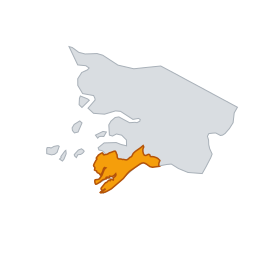 location of Tombali within Guinea-Bissau, rotated 28°
{"feature_id": "GNB-778", "entity_name": "Tombali", "entity_type": "Region", "adm_level": 1, "iso_a3": "GNB", "parent_name": "Guinea-Bissau", "parent_adm1": "", "projection": "equal_earth", "projection_center": [-15.06, 11.313], "detail": "fine", "context": "in_parent", "style": "filled", "palette": "amber", "viewbox_px": 256, "rotation_deg": 28, "n_neighbors": 0, "source": "natural_earth", "source_scale": "10m", "svg_char_len": 4337}
<svg xmlns="http://www.w3.org/2000/svg" viewBox="0 0 256 256"><g transform="rotate(28 128 128)"><path d="M37.7,83.8L41.0,83.1L49.0,84.3L55.3,82.8L59.7,80.3L65.7,76.8L71.5,75.6L89.6,77.2L105.3,73.0L117.0,65.1L127.8,57.9L141.8,57.9L156.8,58.0L178.1,58.1L195.0,58.2L214.9,58.3L214.7,64.8L218.3,74.0L217.8,80.8L216.3,87.2L214.9,89.8L213.2,91.2L207.9,91.2L205.6,92.5L202.0,95.0L202.0,98.0L204.8,100.8L207.1,104.8L209.8,107.9L214.5,111.5L215.0,115.4L215.1,125.5L214.9,133.4L201.8,139.1L191.7,140.1L183.2,139.5L179.5,141.9L172.1,147.8L163.0,151.3L158.3,151.6L156.1,153.7L152.6,159.8L142.8,186.6L139.5,193.0L136.9,197.1L133.9,191.5L136.2,181.0L133.7,181.1L128.7,189.6L126.2,189.9L126.6,179.8L123.8,179.4L120.6,180.2L116.1,174.9L115.6,171.0L116.0,165.5L118.7,162.0L118.4,160.6L115.7,160.2L112.7,161.1L110.9,159.5L113.9,152.4L124.4,146.4L129.7,145.8L135.1,144.4L132.2,139.3L125.8,137.3L120.6,138.7L118.1,142.4L114.9,143.0L109.6,134.3L109.7,130.0L111.7,124.8L114.7,122.5L126.9,122.6L131.5,119.7L133.4,119.1L135.2,116.5L134.8,114.7L132.8,114.6L128.3,118.1L113.6,116.8L108.9,118.8L100.8,126.8L90.7,131.2L83.4,129.3L85.8,118.7L84.7,117.2L82.4,115.5L71.8,118.9L63.7,114.0L60.5,108.1L61.1,100.7L64.9,95.7L65.5,93.3L61.5,92.8L54.0,95.9L37.7,83.8ZM73.1,187.6L68.3,188.8L66.1,184.8L65.8,183.2L68.3,181.9L69.4,181.9L71.3,179.0L73.7,177.0L74.7,176.4L75.9,176.5L76.8,182.9L75.6,185.6L73.1,187.6ZM85.8,155.0L83.0,157.5L80.1,156.3L78.6,154.1L78.8,150.1L82.1,144.4L85.0,145.1L85.8,155.0ZM80.8,121.7L77.7,131.5L73.9,130.4L71.2,124.6L70.9,122.1L78.7,121.3L80.8,121.7ZM96.3,175.1L96.3,178.4L93.8,177.7L93.0,176.7L94.5,170.8L96.7,168.2L99.5,168.6L100.3,169.4L99.7,171.7L98.6,173.6L96.3,175.1ZM106.5,149.3L106.0,151.2L102.6,149.6L107.5,142.8L110.8,141.7L110.6,146.9L108.1,148.0L106.5,149.3ZM86.1,185.7L85.6,188.0L82.1,187.6L82.8,185.4L82.1,184.7L83.1,177.9L83.6,176.9L85.3,179.4L85.6,180.5L86.1,185.7Z" fill="#d9dde1" stroke="#a8b0b8" stroke-width="1"/><path d="M173.3,147.4L168.0,151.2L165.5,151.8L160.6,151.1L158.1,151.4L156.7,152.5L155.6,154.0L149.7,165.5L148.8,168.5L147.6,174.8L141.9,189.5L139.9,192.6L138.2,195.0L135.9,197.1L134.4,198.1L133.7,198.0L133.9,197.0L134.3,196.4L134.8,196.1L135.3,195.5L136.2,193.7L136.6,193.3L136.6,192.8L136.1,192.8L135.9,193.5L135.6,194.2L135.2,194.7L134.5,195.0L133.8,195.0L133.2,194.8L132.7,194.3L132.5,193.6L133.6,187.7L133.9,186.7L134.5,186.3L134.9,185.3L135.2,184.1L135.6,183.2L135.9,182.9L136.6,183.0L137.0,182.9L137.0,182.6L136.9,181.5L137.0,181.2L139.4,180.9L139.3,180.3L139.0,179.7L138.6,179.3L138.2,179.0L139.0,177.9L139.5,176.4L139.4,175.0L138.6,174.1L138.0,176.2L137.2,177.7L136.0,178.6L134.5,179.0L134.9,180.3L134.6,181.1L134.0,181.3L133.3,180.7L133.2,181.1L133.0,181.4L132.9,181.8L132.9,182.3L132.7,182.1L132.0,181.8L132.0,183.3L131.7,184.0L131.1,184.5L130.2,185.4L129.6,186.5L128.7,188.8L127.1,191.6L126.5,192.4L125.8,192.8L125.0,192.3L124.1,191.3L123.4,190.1L123.3,189.2L124.0,188.6L125.8,187.4L126.4,186.7L126.7,185.8L127.2,182.3L126.5,175.6L127.2,173.6L125.8,173.9L125.5,175.1L125.7,176.6L126.0,178.0L126.1,179.2L126.0,181.1L125.6,182.5L124.0,181.7L121.9,181.8L121.3,181.5L120.8,181.2L120.5,180.8L120.3,180.7L118.9,180.9L118.1,180.8L117.8,179.9L117.6,179.0L117.2,178.4L116.6,178.1L116.0,178.0L115.1,177.1L114.9,175.2L114.9,171.4L115.1,170.5L115.1,170.0L114.7,169.7L114.4,169.7L114.2,169.6L114.1,169.4L114.1,168.9L114.2,168.0L114.5,167.0L114.5,166.1L114.8,165.4L116.3,162.7L117.0,162.0L117.4,162.1L118.6,162.9L119.2,163.1L119.8,162.8L120.7,161.7L121.3,161.5L121.9,161.0L122.6,159.9L123.2,158.7L123.8,158.2L126.7,154.9L127.8,154.4L128.1,154.6L129.1,155.3L130.1,156.3L130.6,156.5L130.8,156.7L131.0,156.9L132.0,158.5L132.2,158.8L132.6,159.1L133.3,159.6L133.7,159.7L134.2,159.7L136.3,158.7L137.7,158.4L138.1,158.3L138.6,157.9L138.9,157.8L141.2,157.1L141.7,156.8L142.1,156.4L142.8,155.1L143.4,153.2L143.8,152.6L144.1,152.3L144.2,152.0L144.4,151.7L144.5,151.3L144.6,150.8L144.6,150.3L144.5,148.8L144.6,147.8L144.7,147.4L145.5,145.1L148.2,139.8L149.6,136.4L150.6,137.1L150.9,137.8L150.9,138.7L151.2,140.0L152.2,141.8L153.7,143.5L155.3,144.4L156.7,143.9L158.3,141.7L158.9,141.4L159.9,141.5L160.1,141.7L160.8,142.4L161.2,142.6L161.7,142.5L163.4,141.6L164.7,141.2L167.4,140.8L168.8,140.9L171.4,141.7L171.6,142.9L171.6,143.5L171.9,144.9L173.2,147.4L173.3,147.4Z" fill="#f59e0b" stroke="#b45309" stroke-width="1.5"/></g></svg>